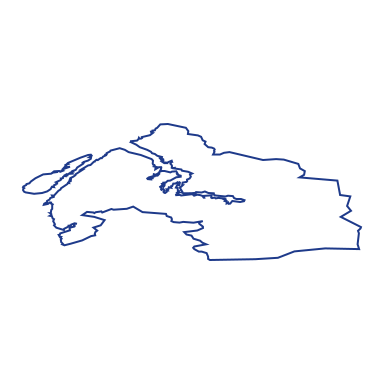 outline of Vevelstad nor, Nordland, Norway
{"feature_id": "86288312B90944773523196", "entity_name": "Vevelstad nor", "entity_type": "district", "adm_level": 2, "iso_a3": "NOR", "parent_name": "Norway", "parent_adm1": "Nordland", "projection": "equal_earth", "projection_center": [12.558, 65.653], "detail": "fine", "context": "isolated", "style": "outline", "palette": "blue", "viewbox_px": 384, "rotation_deg": 0, "n_neighbors": 0, "source": "geoboundaries", "source_scale": "gbopen_adm2", "svg_char_len": 5943}
<svg xmlns="http://www.w3.org/2000/svg" viewBox="0 0 384 384"><path d="M160.3,124.4L157.1,127.9L155.6,128.6L154.9,130.3L152.6,130.6L152.7,131.2L151.0,131.6L151.4,132.7L152.8,133.0L149.9,135.2L141.9,137.1L142.1,138.0L141.1,138.6L139.6,138.7L138.9,137.8L138.4,139.3L137.0,140.6L130.1,141.3L132.1,141.6L131.0,142.2L136.3,144.7L139.8,147.2L147.1,149.8L151.0,151.8L152.0,153.2L154.9,154.0L157.3,155.8L162.0,157.0L161.8,157.8L160.0,158.3L160.9,159.3L162.2,159.2L161.8,160.0L163.3,159.8L163.4,160.7L162.6,160.7L162.7,162.0L163.3,162.1L162.7,162.1L164.2,163.1L165.3,163.1L164.7,162.7L165.6,162.5L168.2,162.9L167.7,162.6L168.1,162.2L171.7,160.7L172.0,161.7L171.5,161.6L170.4,163.7L171.4,164.7L172.0,166.0L171.7,167.8L172.3,168.1L174.3,167.9L174.0,168.4L181.4,169.5L182.0,170.7L188.2,171.8L192.1,173.5L190.0,174.5L190.8,176.7L189.6,178.5L187.0,179.6L187.2,181.1L186.5,181.9L182.6,182.6L182.2,185.0L182.9,185.1L179.9,187.8L182.4,191.9L182.0,192.6L183.5,193.3L191.7,193.2L195.9,192.8L196.1,192.1L201.6,192.5L204.9,191.5L208.4,193.0L213.8,193.3L214.1,194.9L215.7,195.5L225.4,196.5L228.0,195.7L232.9,196.1L234.1,198.1L236.4,199.0L241.0,199.0L244.5,200.2L244.0,201.2L240.1,202.0L232.3,201.0L230.2,203.6L228.6,203.8L228.2,202.5L226.6,203.4L226.7,201.5L225.5,201.2L226.2,200.8L225.2,200.2L225.7,200.2L225.7,199.2L224.8,198.7L218.5,197.9L215.7,198.4L214.5,197.6L212.0,198.1L211.2,197.6L211.4,196.3L212.1,196.0L211.5,196.1L211.7,195.3L203.8,195.9L204.3,197.7L203.7,197.7L202.4,195.9L200.1,195.1L197.2,194.7L195.0,195.4L195.2,194.9L193.6,195.1L192.1,194.2L181.1,195.5L179.9,194.9L175.4,195.2L176.8,194.3L178.0,194.4L178.3,193.0L179.2,192.6L177.4,192.4L178.8,191.1L177.9,191.0L177.6,188.0L175.9,187.6L176.9,185.7L178.0,185.0L179.3,185.4L179.9,182.6L179.4,182.2L177.3,183.4L177.2,182.5L175.3,183.6L173.3,183.6L172.1,186.2L171.2,186.2L171.1,187.3L170.5,187.3L170.8,187.7L168.8,187.3L168.4,189.1L166.7,189.3L167.9,190.7L166.5,191.1L166.6,192.0L165.1,193.0L164.3,192.8L163.5,191.9L164.5,190.6L163.4,189.1L161.5,189.9L161.2,189.5L161.9,188.9L161.2,188.2L161.6,186.5L159.4,187.3L161.8,185.7L163.4,186.9L164.5,185.6L164.6,184.5L162.6,185.0L162.0,183.9L163.4,183.6L163.3,182.7L165.8,182.5L167.7,180.8L170.2,180.6L176.2,177.3L180.7,176.7L180.7,175.7L177.4,174.7L177.0,174.0L177.7,173.8L176.3,171.3L172.0,171.6L170.4,172.4L164.6,171.0L161.7,171.0L159.8,171.7L158.9,173.0L159.3,173.8L157.6,175.6L154.5,175.8L154.5,176.4L152.9,176.8L152.7,178.3L150.5,178.8L150.8,179.4L147.7,179.1L147.3,178.5L148.8,177.4L153.5,176.1L153.8,174.2L155.8,174.7L158.8,172.9L161.1,169.0L160.9,167.7L162.0,167.2L158.9,167.2L155.3,169.3L155.5,168.2L156.9,167.1L154.3,166.5L154.9,166.1L154.4,165.0L153.2,164.7L152.7,163.5L153.0,160.6L151.6,159.1L140.8,155.0L128.6,152.1L124.8,149.8L119.7,148.2L110.5,150.6L110.0,151.5L106.7,153.1L106.8,154.0L105.4,154.6L105.9,155.3L103.1,156.6L101.8,158.2L100.6,158.1L97.8,160.1L96.4,160.0L97.5,159.5L96.2,160.0L94.8,161.2L95.5,161.3L93.8,161.8L90.5,165.0L88.2,165.4L81.1,169.6L82.7,169.7L75.7,174.2L75.5,175.1L73.3,176.7L70.3,178.1L69.4,180.7L70.9,179.7L70.7,181.2L68.9,181.8L68.4,182.4L68.8,183.0L67.9,182.9L67.4,184.0L61.0,188.3L60.5,189.5L58.4,190.8L54.0,195.6L52.0,195.5L52.4,196.2L53.8,196.3L53.8,196.9L50.3,198.0L49.5,199.6L47.1,200.9L47.1,202.1L44.2,203.7L43.8,204.8L48.0,203.9L49.8,202.4L51.1,202.6L51.0,203.5L52.7,204.4L52.2,205.1L52.2,208.9L51.2,210.1L50.8,213.2L50.2,213.2L51.3,214.0L51.4,215.0L49.9,215.8L51.9,216.2L52.7,218.5L54.0,219.2L53.2,221.2L54.9,224.2L54.0,225.3L56.3,227.7L63.9,230.0L64.1,228.8L68.8,226.4L68.6,225.7L70.9,225.4L71.2,224.6L74.6,223.3L77.0,223.8L75.5,223.6L74.2,224.4L74.6,225.7L74.0,225.7L74.1,226.6L70.2,227.6L69.6,228.3L69.9,230.3L60.2,233.4L59.8,234.7L58.7,234.9L59.7,236.7L61.1,236.9L60.5,237.7L61.6,238.7L60.8,239.6L61.2,242.1L63.2,244.2L62.6,244.5L64.4,245.3L70.7,243.7L82.2,240.4L91.1,236.1L95.2,235.3L94.8,233.6L95.4,232.0L97.2,230.6L93.5,227.6L100.7,225.3L104.6,220.1L94.3,216.9L82.3,215.1L87.0,211.9L93.5,212.5L94.3,213.1L95.8,212.2L101.4,211.4L102.2,212.5L111.4,209.0L113.6,209.7L126.8,208.8L133.2,206.6L142.5,212.1L166.0,213.9L166.7,216.0L171.2,217.5L171.9,219.1L171.4,221.1L173.7,222.1L179.5,222.6L183.2,221.9L193.5,222.7L202.8,221.1L198.9,222.5L199.3,223.8L202.9,226.6L203.0,228.0L197.3,230.5L184.2,232.1L186.5,234.5L191.5,235.6L193.5,238.7L200.1,240.7L202.4,242.7L206.2,244.3L194.3,246.5L193.2,247.8L194.3,249.1L198.8,251.6L201.7,251.6L206.6,253.1L208.1,256.6L208.1,258.9L209.9,260.0L255.2,259.2L277.9,257.8L294.4,251.4L325.2,248.4L359.1,249.1L357.6,244.3L358.9,233.2L358.0,230.8L360.5,228.5L361.0,227.1L340.8,216.9L351.0,210.8L347.1,206.0L350.3,196.4L340.1,195.0L337.4,180.6L299.6,177.4L304.1,174.8L304.8,171.1L300.0,168.4L298.3,163.9L283.8,159.6L276.1,159.1L263.0,160.0L229.5,152.1L224.0,152.8L220.0,154.5L213.1,154.5L214.5,151.8L214.0,150.9L214.7,149.5L214.1,148.6L211.8,147.6L208.2,147.2L204.6,144.0L205.5,141.6L202.7,140.3L201.1,136.8L197.9,135.4L187.9,134.0L188.3,131.1L185.9,127.8L167.9,124.0L160.3,124.4ZM90.9,154.7L88.1,155.0L80.4,157.7L67.9,163.0L67.2,163.7L68.0,164.1L65.4,165.0L65.6,165.9L64.6,166.3L65.4,166.2L64.2,167.5L70.0,166.7L62.5,169.4L62.4,169.9L63.7,170.1L62.6,170.4L63.1,170.7L60.2,171.8L59.3,171.0L54.1,171.3L53.6,171.7L58.1,171.9L53.1,172.6L51.1,173.7L43.2,174.4L35.5,178.2L30.9,181.5L29.4,183.3L26.5,184.1L26.2,185.0L23.4,186.5L23.0,187.2L24.2,188.1L23.2,188.9L23.1,190.2L24.1,191.7L25.6,192.4L34.1,193.8L42.1,193.0L47.2,191.4L50.6,189.1L51.8,186.9L53.8,187.1L53.3,186.4L54.6,186.2L54.0,186.1L54.3,184.9L55.7,184.7L56.2,183.6L58.0,183.5L56.6,183.2L56.9,182.4L56.2,182.1L60.3,180.2L61.1,179.5L60.8,178.5L62.9,178.1L63.0,177.0L64.2,176.0L65.2,176.1L64.7,175.3L66.8,174.1L67.3,174.3L66.7,175.6L67.5,175.4L67.8,174.4L69.7,173.1L70.2,173.1L69.9,173.8L72.5,173.6L71.3,172.3L72.6,171.9L71.9,171.5L72.2,171.1L75.7,169.9L77.2,167.5L83.2,163.7L83.7,162.9L82.9,162.6L83.6,162.0L88.0,160.6L90.8,158.8L91.1,157.3L89.3,157.2L91.6,155.6L90.9,154.7Z" fill="none" stroke="#1e3a8a" stroke-width="2"/></svg>